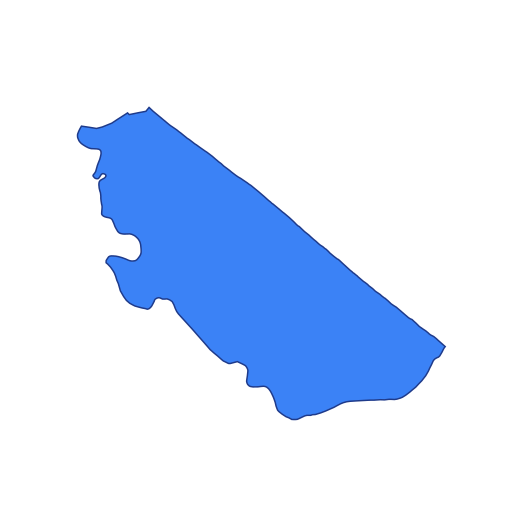 Mai Kaen, Pattani, Thailand (Natural Earth projection), rotated 338°
{"feature_id": "78962969B69481933598717", "entity_name": "Mai Kaen", "entity_type": "district", "adm_level": 2, "iso_a3": "THA", "parent_name": "Thailand", "parent_adm1": "Pattani", "projection": "natural_earth1", "projection_center": [101.66, 6.621], "detail": "fine", "context": "isolated", "style": "filled", "palette": "blue", "viewbox_px": 512, "rotation_deg": 338, "n_neighbors": 0, "source": "geoboundaries", "source_scale": "gbopen_adm2", "svg_char_len": 6086}
<svg xmlns="http://www.w3.org/2000/svg" viewBox="0 0 512 512"><g transform="rotate(338 256 256)"><path d="M350.5,438.8L355.0,437.4L358.8,435.6L362.9,433.8L368.6,430.5L372.7,427.3L375.2,424.9L378.1,422.4L380.8,419.8L382.0,419.0L383.5,418.4L385.6,418.1L387.3,418.1L388.9,417.5L392.2,415.0L394.9,412.6L396.2,411.6L397.5,410.9L397.3,410.5L396.6,409.1L393.2,402.3L392.3,400.3L390.6,397.2L388.5,394.8L387.5,393.3L386.9,391.9L385.4,389.1L383.2,385.9L381.0,382.5L380.0,380.1L379.1,378.0L377.9,375.6L376.9,373.4L375.5,372.0L374.2,370.2L366.9,356.0L365.2,353.7L363.4,351.0L361.5,346.8L359.8,343.5L359.3,343.0L357.6,340.1L356.7,338.2L355.4,336.2L353.8,333.9L353.1,332.6L352.4,330.9L351.5,329.2L349.5,325.9L348.8,324.1L347.0,321.1L346.2,320.0L342.9,313.7L342.3,312.2L341.4,310.7L340.4,308.8L339.8,308.1L339.1,306.5L337.9,304.4L333.5,295.2L332.6,293.2L332.1,292.1L331.1,290.1L330.3,289.3L328.1,285.6L325.4,280.5L325.1,279.5L323.6,276.1L322.7,274.9L321.5,272.5L319.7,270.0L318.7,268.2L317.1,264.8L315.7,262.3L313.9,258.6L312.9,256.4L310.1,251.5L307.1,244.8L306.5,244.2L306.0,243.4L305.2,241.7L304.3,239.4L303.6,237.8L301.3,232.9L300.3,231.0L298.2,227.0L297.2,225.4L296.0,223.1L291.3,214.3L290.5,213.2L289.6,211.2L288.6,209.5L287.6,207.5L285.8,203.8L282.5,197.4L277.7,188.6L276.4,186.8L275.3,184.9L273.2,181.8L270.8,178.2L269.2,176.2L267.6,173.8L264.8,169.1L263.6,166.8L259.7,160.4L258.3,157.3L256.5,154.4L256.1,153.5L254.8,151.1L252.9,147.3L252.0,145.8L249.5,141.6L248.1,139.6L244.6,134.2L242.5,130.8L241.2,129.0L238.2,123.8L237.3,122.4L236.4,121.2L232.4,113.9L231.2,112.0L229.9,109.6L228.2,107.0L225.9,103.6L225.0,102.2L220.5,93.8L214.7,83.0L212.7,78.6L212.5,78.2L208.1,80.6L200.1,79.0L191.4,77.4L190.5,75.2L187.4,75.8L179.4,77.3L172.0,78.8L161.9,78.8L155.9,78.0L149.3,74.0L142.8,70.2L140.3,72.2L138.4,73.9L136.8,75.6L136.5,75.9L136.1,76.5L135.9,76.8L135.5,77.8L135.2,78.7L135.1,79.0L135.0,79.8L135.0,80.2L135.0,81.4L135.0,82.3L135.2,83.6L135.3,84.0L135.8,85.3L136.1,86.1L136.5,86.8L137.4,88.2L138.4,89.6L139.4,90.9L140.7,92.4L141.6,93.3L142.1,93.7L143.0,94.4L143.4,94.7L144.5,95.2L148.4,97.0L149.6,97.7L150.2,98.1L150.7,98.6L150.9,98.9L151.2,99.5L151.3,99.9L151.4,100.6L151.4,100.9L151.3,101.3L151.1,101.9L150.9,102.6L150.6,103.2L150.2,103.9L149.1,105.5L148.3,106.6L147.2,108.0L144.4,110.9L143.5,111.9L142.7,112.8L141.0,115.0L139.4,117.1L138.9,117.6L138.5,118.0L137.5,118.7L135.6,119.8L135.2,120.1L135.0,120.5L134.9,120.8L135.0,121.1L135.1,121.6L135.5,122.8L135.7,123.2L135.9,123.6L136.3,124.0L137.0,124.5L137.7,124.9L138.3,125.0L138.7,125.1L139.0,125.1L139.9,124.6L140.9,124.0L142.2,123.0L142.9,122.6L143.5,122.3L143.8,122.3L144.4,122.2L144.7,122.2L145.0,122.3L145.4,122.6L146.0,123.0L146.4,123.4L146.7,123.8L146.9,124.1L147.0,124.3L147.0,124.6L147.0,125.1L146.9,125.2L146.8,125.5L146.5,126.0L146.2,126.2L145.7,126.5L145.1,126.8L144.3,127.0L142.3,127.2L140.9,127.4L140.2,127.5L139.5,127.8L138.9,128.2L138.4,128.6L138.1,129.0L137.5,130.0L136.9,131.4L136.4,133.1L136.2,133.7L135.9,135.1L135.8,135.9L135.6,137.1L135.5,138.9L135.3,139.7L134.9,141.2L134.5,142.5L133.7,144.5L133.0,146.8L132.8,147.8L132.3,149.9L132.1,151.3L132.0,151.8L131.8,152.5L131.3,153.7L130.3,155.7L129.5,157.3L128.9,158.6L128.7,159.0L128.7,159.3L128.6,159.7L128.7,160.1L128.7,160.3L129.0,160.9L129.3,161.6L129.5,161.9L129.8,162.2L130.2,162.7L131.4,163.7L132.2,164.3L133.3,165.0L134.2,165.6L134.9,166.2L135.2,166.6L135.4,166.8L135.6,167.1L135.9,167.6L136.1,168.1L136.2,168.4L136.3,169.7L136.4,172.6L136.3,175.3L136.3,175.8L136.4,177.1L136.6,178.8L137.0,181.4L137.1,181.7L137.3,182.2L137.7,182.9L137.9,183.4L138.3,183.8L138.9,184.4L139.9,185.1L141.0,185.8L142.3,186.4L146.4,187.9L147.1,188.1L147.8,188.6L148.3,188.9L149.2,189.6L149.7,190.2L150.5,191.0L151.0,191.7L151.7,192.7L152.0,193.4L152.6,194.7L152.9,195.3L153.3,196.9L153.5,198.2L153.6,199.7L153.5,200.8L153.3,202.2L153.0,203.3L152.0,206.7L151.2,208.8L150.9,209.5L150.2,210.6L149.7,211.2L149.0,211.9L148.6,212.2L147.8,212.8L146.6,213.5L145.8,214.0L144.8,214.5L144.2,214.8L143.6,214.9L143.1,215.0L142.5,215.1L141.7,215.0L141.0,214.8L139.9,214.5L138.9,214.1L138.0,213.6L137.3,213.1L136.2,212.2L134.1,210.0L131.7,207.8L130.6,206.9L128.4,205.2L127.8,204.8L126.1,203.7L123.9,202.6L122.1,201.8L121.5,201.6L120.9,201.5L120.2,201.4L119.6,201.5L119.4,201.5L119.0,201.6L117.7,202.4L116.3,203.4L115.6,203.9L115.2,204.4L115.0,204.9L114.5,206.1L115.4,207.8L116.9,211.6L117.9,215.9L118.3,218.5L118.3,222.2L117.9,226.2L118.0,230.1L117.2,237.5L118.1,244.1L119.2,248.6L121.2,252.5L123.5,255.3L125.0,257.0L128.6,259.8L130.9,261.5L133.7,263.3L135.3,264.6L136.8,264.8L138.8,264.3L140.6,263.3L143.1,261.2L144.7,259.8L145.6,258.7L146.6,258.2L148.0,258.0L149.1,258.0L150.1,258.2L151.3,258.9L153.2,260.9L155.1,261.7L157.4,262.4L159.4,264.2L161.2,266.8L161.6,270.4L161.5,274.7L161.7,277.8L162.4,280.7L169.5,299.9L177.0,321.4L178.4,325.6L180.8,330.4L182.9,334.2L185.3,339.1L186.4,341.1L187.8,342.6L190.2,345.3L191.7,346.0L198.8,346.9L199.1,346.9L199.2,347.0L202.9,351.0L204.6,353.0L205.2,353.9L205.3,354.2L205.5,355.0L205.7,355.9L205.8,357.3L205.8,357.8L205.7,358.5L205.6,359.1L205.5,359.4L204.5,361.3L203.1,363.9L200.8,367.8L200.6,368.2L200.4,368.5L200.1,370.2L200.1,371.2L200.2,372.0L200.3,372.3L200.8,373.4L200.9,373.7L201.6,374.6L201.9,374.8L202.1,375.0L204.1,376.2L205.1,376.6L208.7,378.0L211.3,378.7L213.3,379.3L214.2,379.6L214.9,380.0L215.7,380.5L215.9,380.7L216.2,381.0L216.8,381.6L217.0,381.9L217.2,382.4L217.7,383.2L218.1,384.2L218.4,385.4L218.7,386.7L218.8,387.4L219.0,389.2L219.2,392.9L219.2,394.9L219.0,398.8L218.4,402.6L218.3,404.9L218.3,406.6L218.3,407.1L218.4,407.3L218.8,408.5L219.2,409.3L220.0,410.7L220.9,412.3L223.6,416.2L226.0,418.5L228.0,421.0L231.4,422.4L233.1,422.9L234.7,422.9L237.6,422.7L241.3,422.5L243.5,422.8L247.0,424.2L249.0,424.3L251.6,425.2L257.2,425.7L262.5,425.8L271.7,425.5L274.9,425.1L279.0,424.7L282.0,424.7L285.5,425.1L289.0,426.0L295.3,428.1L307.3,432.2L311.3,433.8L317.4,435.8L321.2,437.5L325.7,438.7L327.8,439.6L330.6,440.9L333.1,441.5L336.4,441.8L338.8,441.8L342.8,441.1L347.9,439.7L350.5,438.8Z" fill="#3b82f6" stroke="#1e3a8a" stroke-width="1.5"/></g></svg>